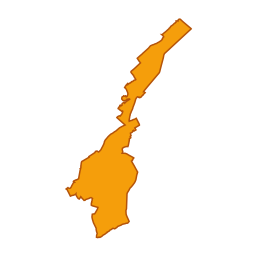 Copalau, Botosani, Romania, rotated 272°
{"feature_id": "2599482B3629245685711", "entity_name": "Copalau", "entity_type": "district", "adm_level": 2, "iso_a3": "ROU", "parent_name": "Romania", "parent_adm1": "Botosani", "projection": "equal_earth", "projection_center": [26.934, 47.592], "detail": "fine", "context": "isolated", "style": "filled", "palette": "amber", "viewbox_px": 256, "rotation_deg": 272, "n_neighbors": 0, "source": "geoboundaries", "source_scale": "gbopen_adm2", "svg_char_len": 5748}
<svg xmlns="http://www.w3.org/2000/svg" viewBox="0 0 256 256"><g transform="rotate(272 128 128)"><path d="M222.5,158.5L222.0,159.1L221.5,159.7L220.8,160.3L220.3,160.5L219.6,159.8L219.0,159.6L218.3,159.1L217.9,159.2L217.7,159.1L216.4,157.9L214.9,155.8L214.2,154.5L213.5,153.6L213.4,153.3L213.0,152.1L212.2,150.6L212.0,149.8L211.0,147.7L210.5,147.2L209.0,146.1L208.3,145.5L203.2,140.2L202.1,139.2L201.0,137.9L198.0,134.8L195.4,136.6L193.5,138.2L187.5,132.2L184.8,129.2L184.4,129.0L183.9,129.0L183.5,129.2L180.5,131.8L179.1,132.5L177.1,133.9L176.6,134.1L176.2,133.5L176.1,132.9L176.0,132.5L174.7,131.0L174.5,130.5L174.5,130.1L174.3,130.0L174.2,129.8L173.9,129.7L173.8,129.4L173.2,128.9L173.2,128.6L172.8,128.2L172.8,127.9L172.4,127.3L172.1,127.0L172.2,126.8L171.8,126.7L171.7,126.1L172.0,125.9L171.7,125.8L171.6,125.5L171.4,125.6L171.4,125.3L171.1,125.3L171.1,125.0L170.8,125.0L170.7,124.7L170.4,124.6L170.2,124.3L169.4,123.7L168.9,123.6L168.3,123.2L168.0,123.5L168.1,123.9L165.8,125.4L165.2,125.5L164.9,125.8L163.2,126.5L162.2,126.7L161.2,126.6L160.4,126.3L159.5,125.9L159.2,125.3L159.5,125.0L159.4,124.8L160.0,124.6L160.1,124.4L160.1,124.1L159.7,123.5L159.7,123.1L160.0,122.5L159.5,122.2L159.1,121.5L159.0,121.2L158.7,121.0L158.0,120.8L156.8,120.7L155.4,122.0L155.1,122.4L155.2,123.6L155.4,124.4L156.0,125.6L156.3,125.8L156.7,126.0L156.6,126.3L156.9,127.0L156.9,127.5L157.1,128.0L157.0,128.6L156.8,128.7L156.1,127.8L155.9,127.4L155.4,126.9L155.3,126.4L154.7,125.8L154.6,125.5L154.3,125.3L152.8,123.9L153.3,123.7L153.5,123.5L153.1,122.5L152.5,121.6L152.3,121.4L151.6,121.1L150.5,121.2L150.2,120.8L150.4,120.7L150.0,119.9L150.3,119.8L150.6,119.5L150.4,119.2L150.0,119.0L149.5,118.9L149.0,119.0L148.9,118.7L148.3,117.9L147.1,117.5L147.0,118.0L146.7,118.1L145.6,119.4L145.5,119.9L145.3,120.1L144.5,121.1L144.6,121.5L144.8,122.0L144.7,122.1L144.3,122.1L143.9,122.1L143.4,121.9L143.2,121.9L142.0,121.5L140.6,120.5L140.3,120.1L140.0,120.1L139.8,120.0L139.7,119.9L139.9,119.5L139.9,119.2L139.6,118.4L139.4,117.9L138.8,117.1L138.4,116.7L138.0,116.5L130.9,125.0L129.4,122.1L128.1,119.9L127.5,119.1L125.7,117.2L124.5,115.9L123.8,114.7L122.1,112.6L121.4,111.2L121.2,111.0L119.9,109.6L118.4,108.2L117.2,107.3L115.2,105.7L113.5,104.9L112.5,104.8L110.7,104.2L108.5,103.2L106.3,102.1L105.7,101.9L105.1,101.5L103.3,99.9L103.0,99.4L103.7,98.1L103.9,97.9L103.9,97.6L103.6,97.1L103.5,96.6L103.5,96.3L102.3,95.8L98.1,89.9L97.5,90.2L93.4,83.8L93.0,83.1L92.3,82.7L91.8,82.6L90.1,82.4L89.4,82.4L88.4,82.2L87.6,82.3L87.3,82.2L86.9,82.3L86.5,82.3L85.7,81.9L85.6,81.7L85.4,81.9L85.0,81.8L84.7,81.9L83.9,81.6L75.6,80.4L74.3,78.3L74.4,78.0L73.3,75.8L72.7,75.3L72.1,75.8L72.0,76.2L71.8,76.4L71.7,75.7L71.4,75.4L68.3,73.8L66.9,73.2L66.0,72.6L65.7,72.0L65.6,71.4L66.0,70.5L65.9,70.3L66.3,70.0L64.9,68.3L64.1,69.5L63.5,69.7L61.4,70.9L57.9,72.8L58.6,74.4L59.0,76.1L59.9,77.9L60.3,78.2L59.7,78.2L58.5,78.8L56.9,79.8L55.9,80.6L55.3,81.7L56.9,82.9L57.1,82.9L57.7,83.2L56.3,84.4L55.1,85.7L54.1,86.6L54.2,86.9L54.2,87.5L55.0,88.2L55.1,88.4L56.3,91.6L56.7,92.0L56.7,92.3L57.2,93.4L56.3,95.0L55.3,94.7L55.0,94.6L54.4,94.7L53.2,94.3L52.5,94.4L51.8,94.0L50.1,94.0L49.9,94.2L49.5,94.1L49.0,95.1L47.6,100.7L47.1,100.5L46.6,100.5L45.9,100.3L41.2,97.8L41.0,97.6L41.0,97.1L40.6,95.3L38.0,95.1L37.2,95.2L35.3,95.7L32.1,96.8L26.8,99.6L26.5,99.7L25.5,99.7L23.7,100.1L21.5,100.9L21.1,100.8L19.8,100.4L17.7,100.3L17.6,100.7L17.5,101.0L17.4,101.8L17.8,102.4L17.9,102.7L17.7,103.1L17.8,103.7L18.0,103.8L18.0,104.0L17.9,104.1L18.4,105.0L18.9,105.7L20.3,107.1L20.7,108.0L21.5,109.1L22.4,110.1L22.5,110.4L22.8,110.7L23.0,110.7L23.1,110.9L23.3,110.9L23.7,111.8L24.4,112.8L24.6,113.1L25.4,113.6L25.6,113.9L25.8,114.5L26.2,115.2L27.1,116.1L27.2,116.9L26.9,117.6L26.8,118.3L28.2,120.3L29.3,121.2L30.7,124.5L31.5,125.6L31.7,126.2L32.4,128.8L32.7,129.3L32.9,130.9L33.3,131.4L34.7,132.4L40.2,129.7L41.9,129.1L45.5,128.8L47.2,129.3L56.5,129.3L62.2,129.3L62.6,129.4L63.6,129.8L65.8,131.1L67.8,132.0L68.6,132.7L69.3,133.4L71.0,134.7L73.5,136.4L74.7,137.0L76.6,137.7L81.3,138.4L84.3,139.2L84.7,138.8L85.8,138.3L88.2,136.8L90.3,135.6L94.7,132.8L95.1,132.6L95.5,133.1L95.7,133.5L96.3,133.5L96.5,133.9L96.8,134.0L97.5,134.1L97.7,134.3L97.9,134.7L98.4,134.8L101.2,129.2L101.8,128.3L102.1,127.6L102.6,126.1L102.6,125.6L102.6,123.0L103.6,123.5L104.3,123.6L106.0,123.0L107.5,123.1L108.7,124.8L109.3,126.6L109.4,127.4L109.4,128.5L110.6,128.9L114.8,129.6L116.3,129.8L116.5,129.7L117.5,129.8L117.9,130.4L118.0,130.8L118.2,131.0L118.6,131.1L118.8,131.1L119.0,131.0L119.2,130.7L119.5,130.5L119.8,130.6L120.5,131.3L121.2,131.0L122.9,130.6L123.8,132.2L124.4,132.7L124.7,132.8L125.5,133.0L125.8,133.4L125.2,133.7L125.1,134.0L126.4,136.0L128.3,134.8L131.2,139.3L131.6,139.3L132.4,139.0L138.0,135.9L136.8,134.0L136.7,133.2L136.4,132.6L135.8,131.8L135.6,130.8L135.1,129.5L134.8,129.0L135.8,128.8L136.3,128.9L138.2,129.2L140.0,129.4L140.5,129.6L142.1,129.8L143.4,130.4L144.5,130.7L147.5,132.0L148.4,132.1L153.4,133.8L157.4,134.8L158.5,135.5L159.5,136.3L159.4,136.9L159.0,137.5L158.8,138.3L159.2,138.3L159.1,139.1L159.0,139.3L159.0,139.5L159.6,140.2L160.5,140.8L161.6,142.0L161.8,141.9L163.9,143.9L164.4,143.2L164.8,142.5L164.8,142.3L165.7,142.8L169.8,145.9L184.3,157.3L185.3,157.7L189.0,158.5L191.8,159.1L199.2,160.8L202.4,161.3L203.3,161.7L203.8,162.0L229.3,187.7L229.6,187.5L236.3,179.0L238.5,176.5L238.6,175.6L238.6,175.3L237.6,174.3L237.4,174.4L237.0,174.1L236.6,174.1L236.8,173.6L236.7,172.8L236.7,172.6L236.7,172.3L236.3,172.3L235.6,172.4L235.4,172.2L235.0,171.8L234.7,171.6L234.7,171.4L234.2,170.7L233.9,170.4L232.6,169.2L231.1,167.2L230.6,166.9L229.7,166.4L229.2,165.7L228.2,165.2L228.4,165.2L225.6,162.3L223.9,160.3L223.6,160.1L223.5,159.9L222.5,158.8L222.5,158.5Z" fill="#f59e0b" stroke="#b45309" stroke-width="1.5"/></g></svg>